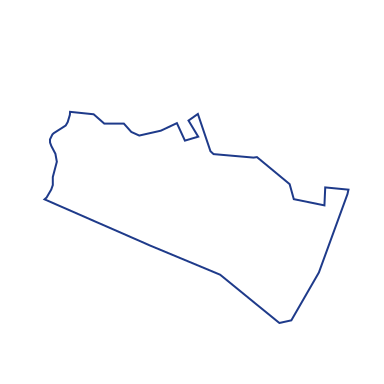 Kenton, Kentucky, United States of America, rotated 299°
{"feature_id": "52423323B50751707064389", "entity_name": "Kenton", "entity_type": "district", "adm_level": 2, "iso_a3": "USA", "parent_name": "United States of America", "parent_adm1": "Kentucky", "projection": "albers", "projection_center": [-84.527, 38.946], "detail": "fine", "context": "isolated", "style": "outline", "palette": "blue", "viewbox_px": 384, "rotation_deg": 299, "n_neighbors": 0, "source": "geoboundaries", "source_scale": "gbopen_adm2", "svg_char_len": 733}
<svg xmlns="http://www.w3.org/2000/svg" viewBox="0 0 384 384"><g transform="rotate(299 192 192)"><path d="M119.8,331.9L127.9,341.1L183.1,342.0L265.5,329.0L269.9,327.7L260.6,306.3L244.5,314.3L235.1,284.5L246.2,273.6L254.0,231.9L251.9,229.1L235.6,192.5L236.6,188.4L263.1,159.3L252.8,154.3L243.4,170.6L233.5,160.9L244.9,145.4L230.5,135.0L215.8,118.5L215.1,109.8L218.8,99.2L209.3,82.1L212.3,68.3L203.0,46.5L200.2,47.8L192.8,49.4L188.9,49.3L176.3,42.5L174.6,42.0L169.1,42.3L166.4,43.9L164.0,46.7L159.2,54.0L153.2,58.9L153.0,59.1L137.6,63.0L130.6,66.9L125.9,67.7L116.7,67.5L114.1,66.6L115.2,78.4L119.2,121.1L122.9,160.3L123.5,166.5L124.8,180.9L133.3,256.7L125.2,301.6L119.8,331.9Z" fill="none" stroke="#1e3a8a" stroke-width="2"/></g></svg>